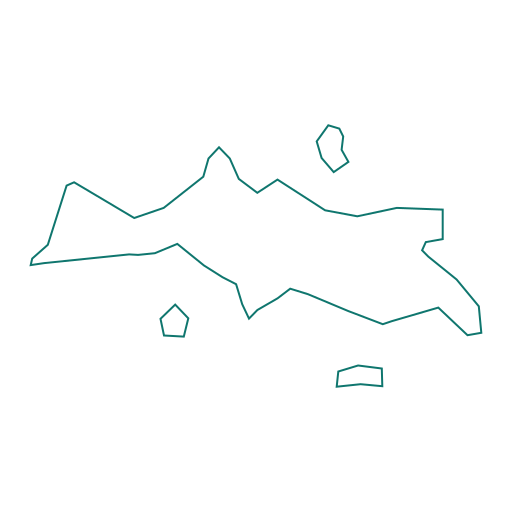 the district of St. Thomas, United States Virgin Islands, United States of America
{"feature_id": "52423323B95364314409049", "entity_name": "St. Thomas", "entity_type": "district", "adm_level": 2, "iso_a3": "USA", "parent_name": "United States of America", "parent_adm1": "United States Virgin Islands", "projection": "mercator", "projection_center": [-64.939, 18.341], "detail": "fine", "context": "isolated", "style": "outline", "palette": "teal", "viewbox_px": 512, "rotation_deg": 0, "n_neighbors": 0, "source": "geoboundaries", "source_scale": "gbopen_adm2", "svg_char_len": 928}
<svg xmlns="http://www.w3.org/2000/svg" viewBox="0 0 512 512"><path d="M442.7,209.6L396.8,207.9L357.3,216.3L325.1,210.3L277.5,179.6L257.3,192.8L238.8,178.9L229.8,158.5L219.0,147.3L208.5,158.5L203.3,176.7L163.7,207.9L134.2,218.0L74.1,182.3L66.6,185.6L47.8,244.8L32.2,258.6L30.7,265.1L44.2,263.1L129.1,254.4L138.1,254.9L154.9,253.2L177.3,243.9L204.0,265.5L222.5,277.2L236.1,284.2L242.2,304.2L249.0,318.6L257.4,310.0L277.6,298.3L290.2,288.7L308.0,294.2L348.4,311.1L382.8,324.2L391.7,321.2L438.3,307.6L467.5,335.2L481.3,332.8L478.8,306.3L456.6,279.5L428.3,256.6L422.1,250.3L425.8,242.1L442.7,239.1L442.7,209.6ZM316.7,141.4L321.6,158.0L333.7,172.1L348.4,161.9L341.6,149.8L343.2,136.5L339.3,128.6L328.3,125.3L316.7,141.4ZM338.3,371.5L336.7,386.7L360.6,384.2L382.3,386.2L381.8,368.5L358.1,365.5L338.3,371.5ZM160.5,318.8L164.0,335.5L183.8,336.6L188.3,318.3L175.2,304.6L160.5,318.8Z" fill="none" stroke="#0f766e" stroke-width="2"/></svg>